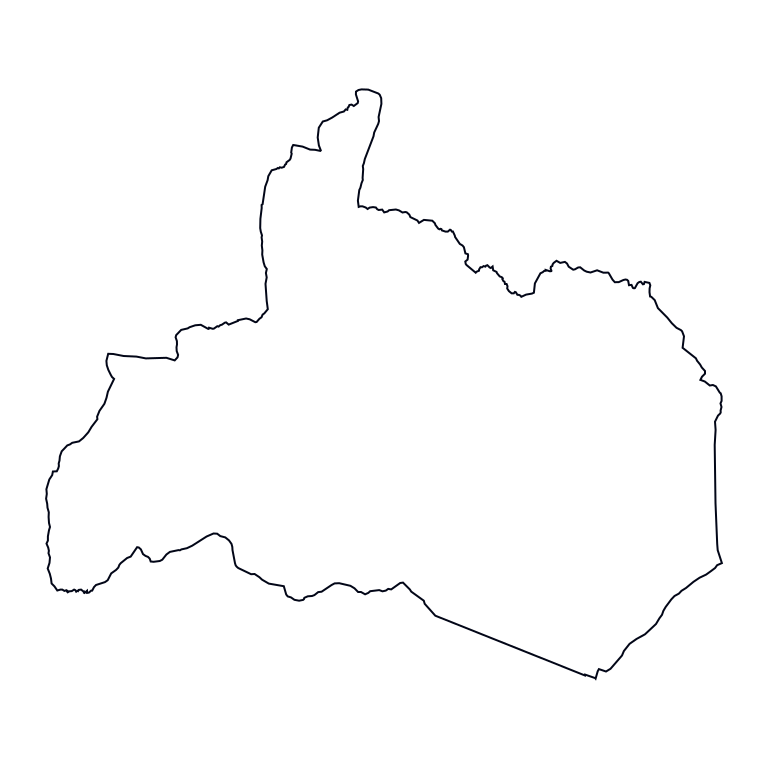 Njombe Urban, Njombe, United Republic of Tanzania (Equal Earth projection)
{"feature_id": "72390352B92677179016540", "entity_name": "Njombe Urban", "entity_type": "district", "adm_level": 2, "iso_a3": "TZA", "parent_name": "United Republic of Tanzania", "parent_adm1": "Njombe", "projection": "equal_earth", "projection_center": [34.794, -9.468], "detail": "fine", "context": "isolated", "style": "outline", "palette": "ink", "viewbox_px": 768, "rotation_deg": 0, "n_neighbors": 0, "source": "geoboundaries", "source_scale": "gbopen_adm2", "svg_char_len": 6036}
<svg xmlns="http://www.w3.org/2000/svg" viewBox="0 0 768 768"><path d="M595.6,678.6L597.7,671.3L598.9,669.1L606.0,671.5L610.5,668.8L622.0,655.5L623.9,651.0L629.6,643.8L636.6,638.9L645.0,634.3L656.0,624.0L659.4,618.3L662.0,614.8L663.4,610.8L665.7,606.9L671.3,599.4L674.5,596.0L678.9,593.6L681.5,590.8L686.0,588.0L693.5,581.8L699.6,577.7L706.1,574.6L710.7,571.3L715.1,568.0L717.1,565.2L721.9,563.1L717.7,550.2L717.2,544.0L715.5,503.1L714.7,444.9L715.6,429.9L715.0,421.7L718.0,415.6L720.2,413.5L720.7,412.4L720.6,410.5L721.5,407.0L720.5,403.4L721.6,400.9L721.6,396.3L720.7,393.3L719.8,392.7L715.9,386.4L712.9,385.0L709.8,385.5L704.8,381.5L700.4,379.9L702.0,376.7L705.0,373.7L705.0,371.0L701.8,367.5L700.1,364.5L697.1,360.8L695.9,358.3L682.6,347.8L684.0,336.3L682.1,331.3L680.9,330.1L676.5,327.8L671.8,323.2L667.3,317.6L657.9,308.1L654.7,300.1L651.3,296.8L650.1,296.5L649.5,292.2L649.6,288.4L650.3,285.3L649.4,282.9L644.6,281.9L643.9,284.1L642.9,284.3L640.8,281.7L639.3,282.0L637.6,283.2L634.9,288.1L634.0,288.3L632.9,287.9L631.5,284.9L629.0,285.2L628.2,280.9L627.0,279.8L625.5,279.5L623.4,280.0L618.8,282.1L614.8,282.2L612.5,279.6L608.8,273.2L608.1,272.6L603.4,272.7L597.1,270.3L590.5,272.5L586.7,271.7L584.2,270.5L580.2,267.3L578.1,267.5L575.0,269.3L573.2,269.7L568.7,266.7L567.0,263.5L564.9,261.9L560.2,262.9L556.5,260.8L553.7,262.9L552.6,264.4L552.3,266.0L550.9,266.7L550.6,268.6L551.4,270.6L551.3,271.1L550.0,271.3L545.6,269.9L545.6,270.8L544.2,270.9L542.7,272.2L540.4,273.3L534.9,283.4L533.9,292.7L531.9,293.6L526.1,294.6L521.3,296.8L520.5,295.7L519.0,294.9L517.4,294.8L515.8,292.2L514.9,291.9L513.8,293.3L511.6,293.3L508.9,291.1L507.2,288.5L507.5,286.2L506.6,284.0L505.0,284.0L504.5,281.7L503.4,281.1L502.3,279.0L502.8,278.3L501.8,277.2L499.7,276.4L497.0,273.2L496.5,271.9L493.2,270.3L492.6,266.5L490.8,268.0L489.7,267.5L487.4,265.2L486.0,265.7L485.4,266.6L483.6,266.1L481.9,267.3L480.5,267.2L479.1,269.4L479.0,270.7L476.4,271.8L475.7,272.7L466.5,265.0L465.7,263.9L465.3,261.5L467.6,259.6L468.1,255.6L467.9,254.2L465.4,253.4L463.9,247.2L462.5,245.5L459.8,243.9L455.1,237.0L454.8,235.6L452.9,231.5L451.9,231.6L450.7,229.9L450.0,229.7L447.8,231.6L445.5,231.6L441.9,230.4L441.4,229.1L440.5,228.8L439.4,229.3L438.2,228.6L435.4,224.9L434.9,223.3L432.3,220.7L423.9,219.9L419.0,222.9L417.4,220.5L410.4,217.1L409.3,214.6L406.7,212.3L405.3,212.0L402.5,212.5L399.0,210.4L395.9,209.5L389.1,210.2L387.6,211.5L384.2,212.4L382.2,209.6L378.7,210.0L377.2,209.2L375.9,207.5L373.0,207.1L369.6,207.6L367.6,209.0L365.7,207.5L362.4,206.3L360.5,206.3L358.7,206.9L357.9,200.7L359.3,190.0L360.4,187.7L361.5,183.2L362.8,180.0L362.6,177.9L363.2,169.1L362.8,166.0L363.9,163.2L364.8,159.1L373.5,136.3L374.2,132.5L378.2,123.9L379.0,121.1L378.6,117.0L381.4,103.9L381.2,98.2L379.7,94.7L378.3,93.5L368.2,89.6L361.5,89.4L358.5,90.0L356.0,91.6L355.9,94.4L358.1,101.4L357.7,103.1L353.8,106.0L351.6,104.6L349.4,105.0L348.5,107.1L347.8,107.5L347.3,109.8L345.7,109.4L343.9,111.5L339.6,112.7L332.1,117.6L327.1,120.3L322.8,121.5L318.8,127.7L317.7,137.5L318.9,145.5L320.8,150.4L320.3,150.9L315.0,149.8L310.1,149.6L302.6,146.6L293.2,145.0L291.9,147.5L291.2,152.5L291.7,153.7L290.5,158.6L289.7,159.9L286.5,162.3L286.1,164.0L285.1,164.6L284.0,166.9L281.7,167.7L279.8,167.3L278.8,168.4L277.8,168.0L276.4,169.0L271.7,170.3L268.3,176.2L267.6,180.2L265.2,186.7L262.6,204.2L261.6,205.0L261.7,208.0L260.4,218.8L260.2,228.1L260.8,231.7L262.0,235.4L261.6,237.4L262.2,241.6L261.8,245.5L262.4,250.4L262.2,254.6L263.6,262.4L264.8,266.3L266.8,269.0L265.9,273.0L266.7,277.4L265.5,283.8L266.7,300.9L267.8,309.2L264.3,313.4L262.6,314.6L261.5,317.3L259.5,318.7L256.6,322.0L255.3,322.2L249.7,319.3L246.1,318.5L237.9,320.2L238.0,320.9L228.7,324.6L226.1,322.4L224.8,322.7L221.9,324.7L220.2,325.2L218.6,326.6L217.3,326.2L213.9,328.6L212.8,328.8L209.0,327.7L208.6,328.9L208.0,328.8L200.8,324.8L195.2,325.3L189.6,327.2L187.7,328.4L181.2,329.9L176.2,335.1L175.6,337.3L176.9,341.1L177.0,344.4L176.5,347.3L176.7,351.1L178.1,354.9L177.5,357.4L174.7,360.4L166.4,357.8L145.8,358.4L136.5,356.6L123.6,356.0L113.3,354.0L108.2,353.8L106.4,360.9L106.8,365.3L108.3,369.8L110.7,374.7L112.0,377.0L114.1,378.9L107.9,391.7L106.5,397.8L104.4,403.8L99.5,410.8L97.1,416.7L97.4,419.2L91.6,426.8L88.3,432.3L83.2,438.0L79.0,441.4L72.2,442.8L70.0,444.4L67.3,445.4L61.7,451.3L59.9,456.3L59.5,460.6L58.7,463.4L58.9,466.1L58.2,468.5L56.8,471.3L52.9,471.5L52.2,475.1L49.3,479.5L46.4,489.2L46.8,493.9L46.1,498.7L47.2,503.8L47.5,507.7L48.8,512.3L48.6,517.0L49.0,523.0L50.0,527.0L49.0,530.2L47.9,536.4L47.9,540.6L46.5,543.6L48.2,547.6L48.9,550.8L48.5,553.2L50.0,557.4L49.5,562.9L47.7,568.5L49.8,573.8L51.0,578.6L51.6,583.5L54.4,586.3L57.3,590.5L60.4,589.6L62.3,589.6L64.4,590.9L66.4,590.2L67.5,590.9L66.9,591.4L67.7,592.3L69.4,591.3L71.8,591.1L74.1,589.6L75.4,590.2L76.2,591.7L77.9,590.6L78.2,590.9L78.8,589.9L81.1,589.6L83.3,591.4L83.9,591.4L83.9,592.7L84.5,593.0L87.0,590.8L87.1,592.9L88.9,592.6L91.2,590.6L92.2,590.6L94.0,587.1L96.0,585.0L105.0,582.1L107.7,580.2L111.2,573.4L116.1,569.9L118.3,567.6L119.4,564.8L120.7,563.2L127.1,558.0L130.7,556.6L137.1,547.2L138.8,547.5L140.9,549.4L143.0,554.1L145.5,555.9L148.0,556.9L149.7,558.6L150.7,561.5L153.6,561.8L159.8,561.0L162.3,559.7L166.4,554.5L169.9,551.9L178.5,550.1L179.9,550.3L181.4,549.4L186.9,548.2L192.2,545.7L206.6,536.5L213.5,533.5L217.2,533.7L220.3,536.1L225.3,537.4L229.0,540.4L231.5,543.9L232.3,546.9L232.5,550.1L235.0,563.2L235.7,565.4L236.7,566.7L238.2,568.0L251.1,574.2L254.6,574.0L259.4,577.2L262.1,579.7L268.8,583.6L283.8,586.2L286.2,594.5L287.7,596.4L291.0,597.4L294.4,599.8L299.1,600.7L303.1,599.9L304.0,599.1L304.1,598.2L304.6,597.7L307.8,596.3L312.0,596.0L314.4,595.1L318.2,592.1L321.6,591.7L331.6,585.0L334.6,583.4L339.2,583.2L350.4,585.8L354.5,588.3L358.1,592.0L361.0,592.0L365.1,594.3L368.3,592.9L370.2,591.2L379.2,590.1L382.5,591.3L385.8,590.6L388.2,588.9L391.2,589.4L400.2,583.0L403.0,582.6L409.9,589.5L411.2,591.6L423.8,600.7L424.7,603.8L435.3,615.7L585.0,675.5L585.1,674.6L595.2,678.1L595.6,678.6Z" fill="none" stroke="#020617" stroke-width="2"/></svg>